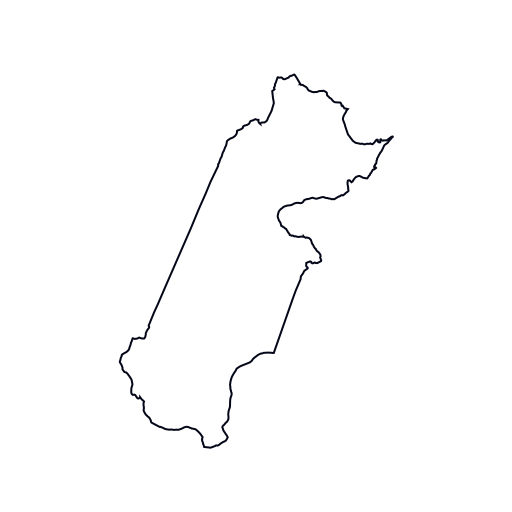 Paraiso, Cartago, Costa Rica (orthographic projection), rotated 55°
{"feature_id": "36466004B34064705280782", "entity_name": "Paraiso", "entity_type": "district", "adm_level": 2, "iso_a3": "CRI", "parent_name": "Costa Rica", "parent_adm1": "Cartago", "projection": "orthographic", "projection_center": [-83.78, 9.73], "detail": "fine", "context": "isolated", "style": "outline", "palette": "ink", "viewbox_px": 512, "rotation_deg": 55, "n_neighbors": 0, "source": "geoboundaries", "source_scale": "gbopen_adm2", "svg_char_len": 6102}
<svg xmlns="http://www.w3.org/2000/svg" viewBox="0 0 512 512"><g transform="rotate(55 256 256)"><path d="M382.7,408.0L387.0,403.1L388.2,398.5L388.2,397.4L389.3,396.0L389.5,395.3L389.3,391.5L389.5,390.5L389.5,389.4L389.8,388.3L389.9,386.6L389.1,384.6L388.2,383.1L386.5,382.9L380.2,382.8L379.0,382.3L377.1,381.9L376.8,381.6L376.4,381.1L376.1,380.3L376.0,379.0L375.3,376.6L375.1,374.7L374.0,372.4L372.3,371.0L370.0,369.7L368.4,368.4L367.1,367.1L364.6,363.8L359.2,359.8L357.6,358.2L356.2,356.2L355.1,355.1L354.3,354.6L352.8,354.2L351.5,353.6L350.4,353.3L348.7,352.3L348.6,352.1L346.7,351.2L344.1,348.8L341.8,346.0L341.0,344.8L339.2,341.0L338.5,338.9L337.2,336.5L337.2,333.2L337.5,331.1L339.6,322.2L339.5,319.8L338.8,318.0L338.4,316.1L338.2,310.9L338.6,308.3L339.5,306.4L339.7,305.3L342.6,300.7L343.1,300.3L343.9,299.1L344.6,298.4L345.6,297.0L312.3,250.7L307.2,243.4L300.6,232.8L298.4,230.9L297.3,227.6L295.9,225.0L295.8,220.8L295.3,220.4L293.1,220.7L291.4,219.5L291.1,219.1L290.6,218.9L290.7,217.8L291.5,214.7L292.5,214.1L293.2,214.5L294.1,214.2L294.7,213.5L294.9,211.8L295.2,211.5L295.9,211.2L296.6,210.4L297.0,209.6L297.5,205.6L297.0,205.1L294.0,204.3L293.3,203.3L291.8,202.5L289.3,202.5L286.4,203.3L284.4,203.0L283.6,203.3L282.7,203.3L281.1,203.2L279.6,202.8L278.3,203.0L274.3,201.8L272.3,202.1L271.8,202.3L269.9,203.8L269.7,204.7L267.7,205.8L267.0,205.8L267.4,206.2L266.5,207.2L265.5,208.7L265.0,210.0L263.8,211.3L262.5,212.3L261.9,213.4L260.5,214.0L259.7,215.3L258.7,215.8L258.1,216.3L257.1,216.0L254.5,216.1L251.0,215.8L250.0,216.4L248.9,216.5L248.0,217.1L246.9,217.3L245.9,218.0L242.4,216.8L240.4,216.9L236.7,215.9L235.3,215.0L233.2,212.6L232.3,211.1L231.8,208.8L231.8,207.1L231.6,205.8L231.7,204.4L232.6,201.5L234.5,198.0L235.0,194.4L235.5,192.8L236.5,191.1L238.3,189.2L238.8,188.1L238.7,186.4L237.9,184.4L238.4,182.0L238.8,181.2L239.2,180.9L240.6,176.4L243.3,174.2L243.9,173.4L245.8,167.8L247.0,166.4L247.4,166.3L248.7,165.3L249.7,164.0L250.4,163.7L250.8,163.1L251.9,162.1L253.0,161.4L253.5,160.3L254.4,159.3L254.6,155.6L254.9,153.6L255.1,153.4L255.1,151.6L255.3,150.8L256.2,150.1L256.2,148.1L255.9,146.4L255.9,143.7L255.7,142.9L253.2,141.6L253.1,141.4L249.5,139.7L248.2,138.8L247.0,137.6L247.0,136.9L247.7,135.9L250.3,135.5L250.3,133.9L249.6,132.6L248.7,129.6L248.7,128.2L249.4,126.0L249.7,125.4L250.4,124.9L253.2,123.5L255.4,121.4L256.2,120.3L255.3,117.9L255.0,117.5L255.0,116.6L254.5,115.6L254.0,115.0L253.9,114.0L252.4,111.0L252.8,109.7L252.8,107.4L252.7,107.1L252.3,107.1L251.7,107.5L251.2,108.3L250.7,108.1L250.3,107.4L250.1,107.3L250.0,106.6L249.3,105.9L249.3,105.1L248.9,104.2L247.1,102.6L246.5,101.7L245.6,100.8L244.6,98.7L243.9,97.7L243.2,95.9L242.9,95.6L242.3,93.5L241.3,91.5L240.9,90.9L240.7,90.3L239.3,88.2L238.8,86.8L238.8,83.3L237.8,80.2L237.7,79.3L236.9,76.7L236.8,74.8L236.1,76.6L236.1,79.5L236.2,79.9L236.2,82.8L234.4,85.3L234.3,86.0L234.1,86.2L233.1,86.7L232.0,86.8L232.0,87.4L233.0,88.3L234.0,88.8L234.1,89.3L233.5,90.0L232.9,90.4L231.5,90.5L231.0,89.7L230.5,89.7L230.0,90.3L230.0,91.4L230.4,92.4L230.9,93.9L231.2,95.8L231.2,96.5L230.3,97.4L229.5,97.6L229.0,99.1L227.9,100.4L226.7,103.2L224.8,104.7L223.9,106.4L223.1,106.9L220.9,109.1L220.1,109.6L217.3,110.6L209.1,110.9L201.2,108.6L199.4,107.9L194.3,106.6L193.5,106.2L191.8,104.3L190.7,102.2L189.6,99.7L189.0,99.0L188.3,96.5L185.7,98.9L182.6,98.8L182.5,99.5L181.8,99.6L180.0,98.9L178.7,98.9L175.7,102.7L174.9,103.4L174.1,103.8L172.5,104.1L170.3,104.2L168.6,105.0L167.1,105.1L165.8,105.5L164.9,105.5L162.9,104.4L162.4,104.4L159.7,105.6L159.3,105.9L158.9,107.1L158.4,107.6L157.2,109.6L156.7,111.3L156.5,112.3L155.6,113.4L155.1,114.6L153.6,116.0L150.6,117.9L149.1,118.0L147.9,117.8L146.1,118.1L144.4,119.0L142.8,119.6L142.1,120.2L141.7,121.0L140.6,121.3L140.4,121.6L140.1,121.0L137.1,120.8L134.0,120.5L129.9,120.4L129.2,120.7L129.1,121.8L128.7,123.6L128.2,124.6L128.2,125.7L128.5,127.0L127.7,131.0L127.1,131.8L126.5,132.3L125.3,132.3L124.1,133.0L123.5,134.3L122.9,135.1L122.2,135.4L122.1,135.9L125.7,140.9L126.0,141.7L127.8,143.3L128.4,144.7L129.1,145.0L130.1,145.2L130.2,148.1L136.0,151.3L139.7,153.0L141.1,153.8L146.1,160.1L149.7,166.8L150.8,168.4L151.5,170.1L151.5,172.3L150.0,174.7L149.8,175.7L149.9,176.7L150.2,176.8L149.3,177.1L147.8,177.0L147.2,176.9L145.9,175.9L144.9,177.1L143.5,178.1L143.1,180.9L142.4,182.7L142.5,183.8L143.4,185.2L143.7,186.1L143.6,187.7L142.4,191.4L142.5,192.2L143.1,192.7L143.2,193.2L143.6,193.6L143.6,195.1L143.0,198.0L142.6,199.0L142.6,199.7L144.4,201.3L145.2,202.7L145.7,204.5L145.7,207.1L145.1,209.7L145.0,210.7L145.1,213.4L145.6,214.3L147.3,215.9L148.8,217.9L149.1,218.7L151.6,222.4L152.1,223.7L155.1,227.5L155.7,229.0L158.8,233.3L159.1,234.4L160.5,235.3L169.2,250.8L175.8,261.1L184.8,276.0L195.7,293.1L230.0,349.2L239.4,364.4L243.7,371.8L251.5,383.9L252.6,384.1L253.4,384.7L254.3,387.5L255.7,390.1L256.1,390.6L257.1,391.3L258.8,393.2L259.4,394.7L259.4,395.1L257.9,397.0L255.8,398.5L255.6,400.2L255.2,401.3L254.2,403.1L252.7,404.1L252.7,404.3L254.8,407.1L255.4,408.2L257.3,410.3L257.6,411.0L259.7,413.7L260.3,416.0L260.3,418.2L260.1,418.7L259.9,422.5L260.8,423.3L262.1,425.4L263.7,427.1L264.2,428.0L265.2,428.5L267.6,428.6L269.1,428.9L270.9,429.4L272.4,430.4L275.6,430.3L277.0,429.1L278.5,428.8L281.6,428.7L285.1,428.8L286.2,429.0L290.3,430.8L293.0,434.1L295.7,436.1L297.0,436.8L298.4,436.8L299.1,436.6L299.8,435.2L300.5,434.7L304.4,434.7L305.2,434.2L305.4,433.9L305.4,432.5L305.6,432.3L305.1,431.9L307.6,431.9L309.6,431.4L311.0,431.2L311.8,432.3L313.2,433.4L316.3,435.0L317.7,436.4L318.9,436.9L321.2,437.2L323.2,437.2L324.3,436.9L325.3,436.8L326.5,436.3L328.4,436.2L330.6,436.6L331.3,437.0L332.4,437.2L340.7,433.0L341.0,432.4L342.6,431.3L344.6,430.1L345.4,429.8L346.7,428.6L348.7,426.5L348.7,426.2L349.4,425.1L351.4,422.9L352.5,421.0L353.9,419.2L354.8,416.0L355.2,413.0L355.9,411.1L356.6,410.2L357.7,409.3L360.4,407.6L362.2,405.8L363.6,404.8L364.4,404.5L365.0,404.5L365.8,404.2L368.2,403.8L370.0,403.6L373.4,403.6L373.7,403.6L374.1,404.1L375.2,405.4L375.5,405.4L375.9,405.8L377.2,406.3L378.4,406.5L379.6,407.1L381.1,407.4L382.7,408.0Z" fill="none" stroke="#020617" stroke-width="2"/></g></svg>